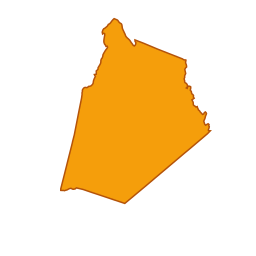 outline of Vargem Grande, Maranhão, Brazil, rotated 31°
{"feature_id": "56859067B3875589464132", "entity_name": "Vargem Grande", "entity_type": "district", "adm_level": 2, "iso_a3": "BRA", "parent_name": "Brazil", "parent_adm1": "Maranhão", "projection": "robinson", "projection_center": [-43.888, -3.737], "detail": "fine", "context": "isolated", "style": "filled", "palette": "amber", "viewbox_px": 256, "rotation_deg": 31, "n_neighbors": 0, "source": "geoboundaries", "source_scale": "gbopen_adm2", "svg_char_len": 2559}
<svg xmlns="http://www.w3.org/2000/svg" viewBox="0 0 256 256"><g transform="rotate(31 128 128)"><path d="M69.5,116.5L69.3,118.0L69.4,119.1L70.0,119.9L70.5,121.6L71.3,122.8L72.8,126.3L75.5,133.9L77.8,140.3L85.6,161.8L86.0,163.2L87.5,168.2L88.0,169.6L93.0,186.1L97.3,200.2L101.7,214.8L102.5,216.1L103.7,215.5L104.7,214.8L105.8,214.5L106.6,213.5L107.6,212.5L108.2,211.5L108.6,210.7L109.6,209.5L110.4,209.0L111.8,209.0L112.8,208.6L114.1,207.4L114.6,205.9L121.2,203.8L130.1,201.9L137.1,200.3L153.9,196.6L164.1,194.3L173.3,167.8L176.9,157.1L182.8,139.8L189.3,120.6L190.7,116.7L199.0,92.2L200.0,88.0L199.2,88.4L198.2,88.7L197.7,87.9L197.5,86.5L197.0,85.0L196.0,84.4L195.7,83.3L194.5,83.1L193.7,84.4L193.1,85.6L191.9,85.3L191.2,84.7L190.4,84.0L189.4,83.1L189.2,81.6L189.1,80.5L188.8,79.4L188.3,77.8L188.1,76.3L187.9,75.3L187.0,74.6L186.0,74.4L185.5,75.6L185.7,77.0L184.9,78.0L183.8,77.6L182.9,77.4L181.8,77.1L180.4,76.4L179.0,76.2L178.2,75.5L177.1,74.8L176.3,74.0L175.5,75.0L174.7,74.8L173.2,74.8L172.1,74.5L171.6,73.8L170.6,72.4L169.5,71.7L168.3,70.9L168.9,69.6L169.4,68.4L168.1,67.8L167.4,66.4L166.3,65.9L165.4,65.9L164.4,65.2L163.4,64.0L162.0,63.6L161.6,62.6L161.2,61.4L160.5,60.4L159.4,60.4L158.4,61.0L157.8,62.3L157.0,60.8L156.1,60.2L155.1,59.7L154.0,59.8L153.0,59.5L152.1,58.2L150.8,57.0L150.5,55.3L149.9,54.5L149.6,53.6L149.5,52.5L149.4,51.6L148.3,50.4L146.6,48.7L146.4,47.0L146.8,45.5L146.0,44.4L145.1,43.5L144.1,42.8L143.2,41.5L143.1,40.6L142.5,39.9L141.5,40.5L140.4,40.8L139.1,40.7L113.0,45.1L97.8,47.3L88.6,48.9L89.4,50.1L90.9,50.9L91.4,52.2L91.5,53.3L91.2,54.4L90.0,54.5L88.3,53.7L86.7,53.1L85.2,52.3L83.9,51.8L82.3,51.4L81.0,51.2L80.1,50.9L79.0,50.6L77.6,49.5L76.7,48.8L75.6,48.1L74.3,47.2L72.8,46.2L71.8,45.4L71.0,44.4L70.1,43.3L69.2,42.4L68.4,42.1L66.7,42.1L65.5,41.8L64.3,41.2L63.4,40.9L61.8,41.1L59.8,41.4L59.4,42.6L59.2,43.7L59.0,44.9L58.9,46.5L58.6,48.0L57.8,49.3L57.8,51.5L57.1,53.4L56.7,54.5L56.1,55.4L56.0,56.9L56.5,59.1L57.8,60.5L58.4,59.2L59.4,59.2L60.4,60.7L60.7,61.7L61.7,64.2L62.5,65.9L63.3,67.0L64.6,68.1L65.8,68.5L67.1,69.4L68.0,68.6L68.9,69.2L69.0,70.6L68.8,72.0L68.7,73.3L68.7,75.9L68.8,78.0L69.5,79.7L69.8,81.3L69.6,82.5L69.9,83.9L70.5,85.0L71.1,86.3L71.3,87.7L71.3,88.7L71.3,90.5L71.3,91.7L72.0,93.1L71.7,94.5L71.4,95.5L72.1,96.5L73.1,98.2L72.4,98.8L71.6,99.5L72.5,100.1L73.4,100.5L73.6,101.8L73.7,103.3L74.1,105.3L75.1,107.7L75.1,109.0L74.6,110.9L73.8,111.9L72.8,112.6L72.4,114.0L71.8,114.7L70.8,115.0L70.0,115.6L69.5,116.5ZM157.8,62.3L158.3,63.5L157.4,63.6L157.8,62.3Z" fill="#f59e0b" stroke="#b45309" stroke-width="1.5"/></g></svg>